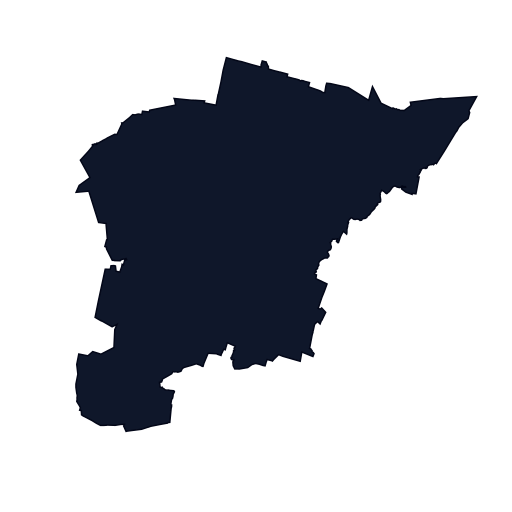 Irapuato, Guanajuato, Mexico (Natural Earth projection), rotated 10°
{"feature_id": "50627088B47484425878670", "entity_name": "Irapuato", "entity_type": "district", "adm_level": 2, "iso_a3": "MEX", "parent_name": "Mexico", "parent_adm1": "Guanajuato", "projection": "natural_earth1", "projection_center": [-101.373, 20.675], "detail": "fine", "context": "isolated", "style": "filled", "palette": "ink", "viewbox_px": 512, "rotation_deg": 10, "n_neighbors": 0, "source": "geoboundaries", "source_scale": "gbopen_adm2", "svg_char_len": 5985}
<svg xmlns="http://www.w3.org/2000/svg" viewBox="0 0 512 512"><g transform="rotate(10 256 256)"><path d="M284.0,362.6L284.4,358.8L284.9,356.0L289.9,356.4L290.4,356.6L291.5,354.7L295.4,349.2L299.9,350.1L317.8,352.0L317.8,342.6L329.5,345.1L330.1,342.1L329.1,341.1L328.1,340.8L327.8,340.5L327.7,339.6L326.2,338.3L326.1,338.0L324.8,337.8L325.0,324.1L325.2,321.8L325.3,321.7L325.0,321.4L325.3,319.8L325.5,314.3L325.7,312.9L327.5,310.5L328.1,309.9L330.9,311.8L331.5,308.7L332.0,307.9L334.4,299.4L329.7,295.8L328.5,297.2L326.3,296.8L328.1,285.1L329.4,279.1L330.8,271.2L318.9,267.9L318.8,264.1L316.7,263.5L316.7,262.5L316.9,261.9L317.8,261.6L318.0,261.3L318.1,261.1L317.7,260.4L317.4,259.3L317.5,259.0L318.4,258.2L318.8,257.4L318.6,256.1L319.5,254.1L319.4,253.7L318.9,253.1L319.2,250.8L319.5,250.2L321.2,248.2L323.2,246.7L323.5,246.3L324.0,246.0L326.6,245.6L326.8,245.3L326.9,244.7L327.4,244.3L327.7,243.9L327.8,242.8L326.9,241.3L325.8,240.2L325.7,239.5L325.9,238.7L326.6,237.8L328.0,237.0L328.5,235.7L328.6,234.0L328.2,233.0L327.6,232.1L327.3,230.5L326.7,230.0L327.0,229.3L327.8,228.7L328.4,226.2L330.6,225.8L333.3,224.9L332.6,227.4L333.9,228.5L334.5,228.7L334.9,228.4L335.8,222.4L336.6,219.5L337.8,216.5L341.4,218.7L341.5,217.6L340.9,214.0L341.1,210.9L340.9,209.7L341.3,206.9L340.5,206.7L341.4,204.1L343.1,201.7L343.6,201.7L344.3,202.2L345.1,202.4L345.4,202.7L346.2,202.9L347.7,202.7L348.6,202.2L349.8,202.0L350.7,202.2L351.3,202.1L351.6,202.2L352.2,202.9L352.6,202.8L353.8,202.4L354.3,200.9L357.2,199.9L358.4,198.8L358.7,197.4L359.9,196.3L360.9,194.9L361.8,192.6L362.5,191.6L364.0,189.6L364.8,188.1L364.8,187.0L366.9,184.2L366.4,183.5L366.4,183.2L366.9,182.5L369.1,181.1L369.2,180.6L369.0,178.9L367.7,175.1L367.6,174.6L367.8,174.1L367.3,173.0L368.3,169.4L371.0,170.3L373.0,171.7L373.9,171.9L374.4,171.4L375.7,169.6L376.1,169.5L378.3,164.9L379.1,163.9L379.8,163.3L381.0,162.9L382.9,163.6L385.4,163.7L386.1,163.4L387.3,162.1L387.4,162.5L388.1,161.7L389.2,162.0L391.2,161.7L391.4,162.3L389.7,162.8L389.2,162.7L388.0,163.3L387.5,163.3L387.8,164.7L392.5,167.1L399.0,168.2L398.9,167.2L402.7,167.0L402.9,149.9L401.3,150.0L401.3,148.7L402.3,147.3L402.5,146.4L403.1,145.2L402.9,144.9L402.9,144.6L403.3,143.7L403.7,143.3L403.7,142.4L403.1,142.2L405.4,140.5L407.2,139.7L407.1,140.2L407.3,140.4L408.3,140.2L409.2,139.3L409.1,138.4L409.3,137.7L409.5,137.4L411.2,136.0L413.1,135.5L414.0,135.0L415.0,135.3L415.9,133.7L416.9,133.4L417.6,133.7L423.1,120.3L431.1,99.7L432.1,97.9L433.3,94.1L436.3,89.0L441.0,83.9L441.5,77.6L440.4,76.0L445.6,60.7L413.2,68.6L410.2,68.8L381.3,77.8L382.6,80.8L376.5,87.2L376.1,87.0L372.4,87.6L371.4,87.0L369.8,87.3L368.8,86.7L367.6,87.1L365.2,86.4L364.8,87.2L352.6,83.8L341.3,69.0L339.9,83.1L317.7,74.1L299.3,73.3L295.6,73.6L295.3,76.4L295.4,83.2L293.0,83.4L292.8,83.1L290.8,82.3L278.2,80.2L278.6,75.9L274.0,75.6L271.9,75.2L270.2,75.3L269.5,76.0L267.9,75.1L255.4,74.1L255.6,71.4L247.7,70.7L247.5,70.9L247.2,70.9L246.6,70.7L245.5,70.6L242.2,70.4L235.7,69.7L235.7,69.4L235.2,66.9L234.2,66.8L233.9,65.5L232.4,63.5L232.4,63.2L228.3,62.8L227.8,67.1L228.1,67.8L228.0,69.1L217.8,68.2L208.0,67.1L204.3,67.0L192.4,65.8L191.4,78.6L191.3,90.7L190.8,103.4L190.6,103.6L190.5,114.4L178.3,114.2L178.5,112.2L169.0,113.2L165.4,113.8L148.0,115.1L148.7,116.2L150.7,121.3L126.0,130.9L125.9,132.7L119.1,133.1L119.0,136.5L115.8,136.6L114.5,137.0L112.5,138.0L110.0,138.2L107.5,141.6L101.9,148.0L100.6,148.3L101.0,149.2L98.0,160.5L95.7,160.7L94.9,161.3L89.2,165.5L87.8,166.8L85.1,168.8L84.5,169.4L80.5,172.6L80.0,172.4L80.0,172.8L79.7,172.9L79.8,173.2L79.5,173.2L79.4,173.4L79.6,173.5L79.9,173.4L79.8,173.7L79.1,174.0L78.5,174.0L78.2,173.5L77.3,173.8L76.8,174.5L75.5,174.4L75.4,174.2L75.5,175.0L76.7,174.9L76.1,176.1L72.8,182.0L66.4,192.1L78.9,207.6L69.6,217.2L67.8,224.5L80.3,221.1L80.4,221.7L95.2,250.3L102.9,250.0L103.0,251.4L106.8,265.7L106.1,266.0L105.5,272.9L106.9,273.3L107.1,273.2L107.6,275.0L115.2,285.2L117.3,284.9L117.4,285.1L123.0,284.3L123.0,283.9L124.2,283.0L124.2,282.8L128.6,281.0L129.3,282.1L127.4,283.0L127.0,287.9L125.6,287.4L125.6,290.1L124.7,295.5L120.8,295.3L119.3,290.2L117.8,290.1L114.9,290.8L114.8,294.4L109.8,295.2L108.6,327.7L108.2,344.4L114.6,346.7L115.1,346.8L115.1,346.6L126.6,350.7L131.0,347.4L129.7,353.0L132.0,370.8L120.4,379.6L111.8,378.5L107.8,383.5L98.5,383.3L98.3,393.9L101.1,403.3L100.9,413.3L101.5,416.7L103.3,422.3L103.7,423.1L104.3,424.8L104.3,426.3L105.0,430.0L104.7,430.1L104.8,430.4L108.4,434.5L109.4,435.9L109.1,438.5L110.8,438.6L111.8,442.7L113.5,443.5L123.1,446.5L127.8,448.4L132.2,449.8L135.7,449.2L138.1,448.6L138.1,448.4L146.7,447.2L152.2,445.3L155.7,444.6L155.6,445.1L155.2,446.4L158.5,451.3L159.3,450.9L164.0,449.4L173.4,446.5L181.8,442.0L190.6,438.6L197.9,435.9L198.2,435.3L200.0,434.8L199.0,422.3L198.8,422.4L198.7,420.8L198.9,420.8L199.0,418.9L198.8,417.6L198.6,417.7L198.0,417.0L197.8,415.8L197.8,411.7L198.4,411.0L198.5,410.5L198.6,408.5L198.4,406.6L199.0,404.7L199.2,404.0L199.1,403.4L198.2,403.0L193.4,403.4L193.3,403.2L191.4,403.6L189.7,403.6L188.1,402.6L186.3,402.1L186.3,401.7L185.9,401.9L184.2,401.6L183.4,398.5L183.2,398.4L182.9,397.1L184.3,396.7L184.9,396.4L185.3,394.2L185.1,393.5L193.4,386.6L194.3,384.2L195.8,384.3L196.2,384.1L198.7,383.7L198.8,384.0L199.4,383.9L200.5,383.4L202.1,382.5L202.9,379.9L204.1,378.5L205.8,377.6L211.2,375.0L215.9,372.5L220.1,373.2L222.2,374.0L223.0,373.9L223.3,370.8L225.7,360.1L234.3,359.1L234.8,359.4L238.8,360.0L239.1,357.2L239.4,357.2L240.3,353.4L242.0,353.7L242.2,351.2L242.8,346.4L251.3,348.4L251.0,349.7L250.7,350.0L250.4,350.7L251.5,352.5L251.5,352.8L251.0,353.0L250.4,352.9L250.3,353.3L250.5,353.7L250.5,355.0L250.1,357.1L249.7,358.1L249.8,359.0L250.1,359.6L250.0,359.8L249.2,360.0L249.0,360.6L249.3,361.5L250.1,362.2L251.1,362.3L251.8,361.9L252.3,361.8L251.9,363.7L251.6,364.2L252.0,365.8L252.6,368.0L254.7,370.9L259.4,370.1L267.2,367.3L270.8,363.6L272.9,362.6L273.4,362.2L273.8,362.1L275.0,361.9L278.2,362.0L282.0,362.6L284.0,362.6Z" fill="#0f172a" stroke="#020617" stroke-width="1.5"/></g></svg>